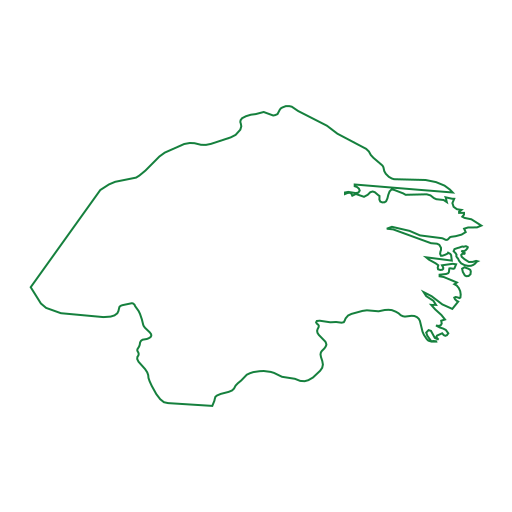 an SVG outline of Östergötland
{"feature_id": "SWE-184", "entity_name": "Östergötland", "entity_type": "County", "adm_level": 1, "iso_a3": "SWE", "parent_name": "Sweden", "parent_adm1": "", "projection": "natural_earth1", "projection_center": [16.243, 58.361], "detail": "fine", "context": "isolated", "style": "outline", "palette": "green", "viewbox_px": 512, "rotation_deg": 0, "n_neighbors": 0, "source": "natural_earth", "source_scale": "10m", "svg_char_len": 5045}
<svg xmlns="http://www.w3.org/2000/svg" viewBox="0 0 512 512"><path d="M452.7,192.5L416.5,189.6L354.7,184.5L354.7,186.2L357.0,187.0L358.9,188.6L359.7,190.6L358.5,192.5L355.8,193.1L348.3,191.9L345.0,192.5L345.0,194.0L347.2,193.1L349.4,192.7L351.2,193.3L352.3,195.7L355.9,194.0L364.0,196.8L367.7,194.8L370.3,192.2L372.7,191.5L374.8,192.2L378.7,195.5L379.4,195.8L379.5,196.5L379.4,199.6L380.3,201.6L382.3,202.4L384.5,202.3L386.1,201.3L387.4,198.4L388.3,194.8L389.6,191.4L391.6,189.4L394.1,189.9L403.2,193.4L405.6,194.8L426.7,194.3L430.5,195.4L433.9,198.1L436.3,199.2L443.6,200.0L446.8,202.1L446.5,201.0L446.0,198.4L445.6,197.3L451.9,198.7L454.2,198.8L452.4,203.1L453.6,206.8L456.9,209.2L461.5,209.9L459.9,211.2L459.1,211.6L459.1,212.9L464.0,212.9L464.0,214.6L462.3,216.7L464.5,217.9L471.4,219.3L481.3,225.6L477.0,227.4L468.0,227.5L464.1,228.7L465.7,232.1L461.6,234.6L455.6,236.2L451.2,236.8L450.0,237.2L447.9,239.4L446.9,239.9L445.6,239.8L443.2,238.6L442.0,238.2L420.0,235.4L409.6,230.9L391.9,226.8L386.8,228.7L393.2,229.4L431.0,243.2L437.0,243.7L439.3,244.8L441.0,247.8L441.0,249.9L440.4,251.8L440.1,253.8L441.0,255.8L442.5,255.7L445.3,254.7L447.7,253.5L448.1,252.7L450.3,253.9L451.1,255.1L451.8,260.6L426.1,257.3L429.0,259.7L435.6,263.3L438.3,265.3L437.7,267.7L438.1,269.3L440.3,270.0L442.3,269.7L443.2,268.9L443.2,267.4L442.0,265.3L452.6,263.8L456.1,264.3L454.4,268.4L453.4,268.8L450.4,268.3L449.4,268.4L449.2,269.2L449.1,270.6L448.9,272.1L448.2,273.2L446.1,274.0L439.6,274.7L439.6,276.3L443.7,277.0L456.9,282.5L455.1,283.8L454.4,284.2L456.8,285.6L458.8,288.1L460.2,291.2L460.7,294.5L460.4,297.5L459.5,298.1L457.9,297.5L455.7,297.0L454.3,297.6L454.9,299.1L456.5,300.7L458.2,301.6L452.3,308.9L442.3,304.4L431.6,296.2L423.6,292.1L426.2,296.1L433.4,300.8L436.0,304.9L434.8,304.8L432.4,305.0L431.2,304.9L435.2,309.4L441.4,315.0L445.0,319.5L441.2,320.7L441.7,323.6L440.7,325.3L438.7,325.9L436.0,325.5L439.8,327.5L443.0,328.5L445.8,329.9L448.3,333.3L446.9,335.2L445.3,335.8L443.7,335.1L442.2,333.3L437.0,335.6L436.2,337.1L438.5,339.6L434.8,337.9L431.0,330.9L428.6,330.1L426.2,332.6L427.3,335.7L431.3,341.3L433.5,341.0L436.1,341.3L436.2,341.6L431.5,341.6L428.8,340.8L427.9,340.3L427.0,339.3L426.4,338.6L423.9,334.8L422.5,331.6L419.9,320.9L418.8,318.8L416.9,317.1L414.4,316.0L411.6,315.8L404.9,316.6L402.8,316.2L400.7,315.2L398.6,313.3L395.8,311.7L391.8,310.1L388.4,309.8L384.7,310.0L378.6,311.3L366.9,310.3L362.5,310.9L351.5,313.9L348.1,315.5L345.6,318.4L344.8,320.4L343.8,322.2L341.6,322.7L336.1,322.0L330.3,322.3L319.7,320.7L316.8,321.0L316.1,322.4L316.9,323.7L318.2,324.7L318.8,325.8L318.6,327.2L317.6,329.1L317.1,330.9L317.5,332.9L318.8,334.9L325.4,341.7L326.0,343.1L326.4,344.7L325.7,346.5L324.4,348.4L321.9,350.9L320.9,352.4L320.5,354.4L321.0,357.1L322.3,361.1L322.9,364.6L322.2,367.8L320.1,370.8L313.0,377.5L308.3,380.2L304.6,381.2L300.2,380.9L294.9,378.8L282.0,376.8L274.0,372.9L270.7,371.9L263.7,371.0L259.6,371.2L253.3,372.1L250.0,373.2L246.8,374.7L241.2,380.5L237.8,383.3L235.6,385.6L234.0,388.6L232.0,390.5L228.6,391.9L220.8,393.9L217.0,395.5L215.4,396.8L214.7,399.2L214.4,400.7L212.3,405.9L168.0,403.1L163.9,402.2L160.2,399.2L156.3,394.1L151.7,385.8L149.6,381.2L148.5,378.0L148.2,375.1L147.2,372.3L145.1,369.1L138.5,361.7L137.2,359.0L137.4,356.9L138.4,355.4L138.7,354.0L138.4,352.7L137.3,350.7L137.4,349.3L139.0,346.7L139.7,344.9L140.1,342.4L141.1,340.7L142.6,339.7L146.8,339.0L148.6,338.3L149.8,337.6L150.7,336.9L151.3,335.7L151.1,334.2L149.9,332.5L145.1,327.9L143.8,326.2L143.2,324.8L141.9,319.5L140.0,313.9L138.6,311.0L135.1,306.1L134.5,304.7L133.1,303.5L131.9,303.2L122.3,305.2L120.5,305.9L119.4,307.0L118.4,311.1L117.3,313.3L114.5,315.4L110.6,316.6L103.4,317.1L60.9,313.2L46.1,307.9L40.9,303.5L30.7,287.2L100.3,190.0L109.0,184.4L115.2,181.8L136.1,177.6L139.3,175.6L145.4,170.6L159.4,156.5L164.8,152.6L184.2,144.0L189.8,143.0L194.5,143.2L201.0,144.8L205.9,144.9L210.9,143.9L230.7,137.4L235.6,134.9L240.3,129.7L241.3,126.3L240.8,123.6L240.3,122.0L240.6,120.2L242.1,118.2L246.0,116.2L250.9,114.7L255.7,114.1L263.7,112.0L273.2,115.5L275.2,115.1L277.5,114.1L279.8,109.7L280.8,108.4L282.3,107.5L285.9,106.1L289.2,106.1L291.8,106.7L298.1,111.0L326.9,125.7L337.4,133.7L366.2,148.9L368.9,151.5L370.8,155.0L373.5,157.9L382.5,165.6L383.4,167.2L384.3,171.2L385.8,173.8L388.8,176.8L391.8,178.5L394.0,179.2L425.6,180.0L436.0,182.1L444.5,185.6L449.8,189.5L452.7,192.5L452.7,192.5ZM472.7,261.9L476.1,260.9L477.6,261.3L477.0,261.6L476.6,261.7L475.7,262.9L475.1,263.6L473.3,264.9L471.0,265.8L468.0,265.9L464.5,265.1L461.2,263.4L459.0,260.7L458.0,258.5L457.0,257.5L456.3,256.2L456.5,254.7L455.6,253.2L453.6,251.2L454.5,249.1L457.6,248.0L459.2,247.6L461.6,246.7L462.8,246.5L463.5,246.8L465.9,246.2L466.9,246.6L467.8,247.2L467.3,248.5L465.4,250.5L463.4,251.2L461.4,250.9L464.7,253.1L464.4,253.8L462.3,253.8L461.2,255.0L461.7,256.8L464.5,259.2L468.9,262.0L472.7,261.9ZM468.3,268.7L470.2,269.8L470.8,271.3L470.5,274.2L468.6,276.0L466.3,276.2L464.8,275.4L462.8,271.9L462.1,268.7L464.4,267.3L468.3,268.7Z" fill="none" stroke="#15803d" stroke-width="2"/></svg>